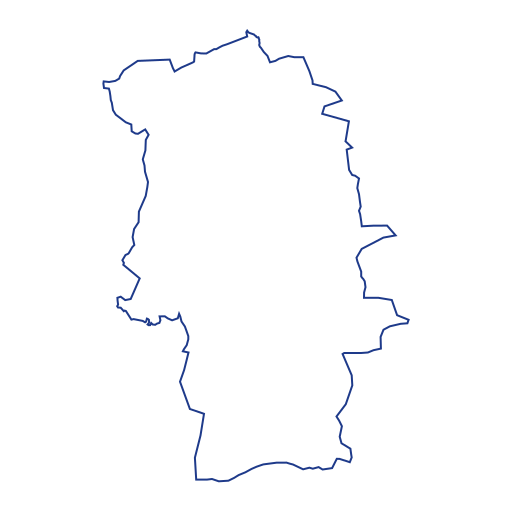 outline of Song, Adamawa, Nigeria, rotated 90°
{"feature_id": "59680162B82996162763265", "entity_name": "Song", "entity_type": "district", "adm_level": 2, "iso_a3": "NGA", "parent_name": "Nigeria", "parent_adm1": "Adamawa", "projection": "albers", "projection_center": [12.591, 9.831], "detail": "fine", "context": "isolated", "style": "outline", "palette": "blue", "viewbox_px": 512, "rotation_deg": 90, "n_neighbors": 0, "source": "geoboundaries", "source_scale": "gbopen_adm2", "svg_char_len": 3153}
<svg xmlns="http://www.w3.org/2000/svg" viewBox="0 0 512 512"><g transform="rotate(90 256 256)"><path d="M264.8,388.7L278.4,372.3L299.0,381.3L300.1,386.8L296.7,391.3L297.8,394.6L300.9,394.4L304.6,393.9L306.2,394.8L307.5,394.0L307.7,391.3L311.2,388.2L310.6,387.4L311.0,386.1L319.6,380.6L319.1,378.4L320.9,369.3L322.3,366.9L321.6,365.9L318.6,365.1L318.9,364.2L319.8,363.1L322.5,362.9L324.5,364.4L325.2,363.3L325.1,361.8L323.0,360.8L324.5,359.3L324.8,356.8L323.6,355.0L322.9,352.6L320.2,351.6L316.4,352.4L316.3,347.2L318.4,344.2L320.3,339.9L318.3,334.2L313.8,332.9L316.6,331.7L321.5,330.5L326.5,327.1L330.4,325.7L336.1,323.7L339.3,323.7L345.2,325.3L349.4,328.2L351.3,329.1L352.5,323.5L354.9,324.1L360.6,325.5L370.1,327.9L381.7,332.0L409.0,322.1L413.8,308.0L435.5,311.5L457.7,317.1L479.6,315.8L479.6,305.0L479.0,300.0L481.3,293.2L480.7,283.6L477.9,277.9L475.1,273.4L472.3,266.6L468.9,260.4L466.7,255.4L464.8,249.9L464.4,248.6L462.7,235.6L462.7,227.7L462.6,225.6L463.7,222.1L464.5,219.0L469.3,208.9L467.7,202.6L468.7,199.2L467.1,193.4L469.5,189.4L468.1,179.9L458.8,175.2L458.9,172.4L460.3,168.1L460.5,167.3L461.4,164.6L462.2,162.2L457.4,160.3L454.5,160.8L448.7,161.6L443.3,170.5L436.7,172.3L426.2,170.1L420.6,172.9L416.5,175.5L404.2,166.2L385.4,159.7L375.3,160.3L354.0,169.4L353.0,167.8L353.0,166.3L353.0,160.5L353.0,150.9L352.5,144.1L350.2,138.5L348.6,131.1L336.9,131.4L329.7,128.5L326.3,122.1L323.8,111.3L323.3,104.6L319.8,103.4L315.2,114.9L309.5,116.9L300.0,120.2L297.8,133.6L297.8,148.0L292.5,147.9L287.2,146.5L281.3,147.3L278.9,148.8L278.1,149.6L276.5,150.8L271.6,150.8L261.4,154.6L257.7,155.5L248.9,150.3L237.6,128.6L235.4,116.4L225.6,124.9L225.7,139.1L226.3,150.2L221.3,150.8L214.1,151.9L210.8,153.0L206.6,151.3L202.0,152.0L194.2,153.0L188.1,154.7L184.1,154.1L178.5,153.0L175.7,156.9L175.0,159.8L169.9,162.9L149.6,165.3L147.6,159.9L141.3,166.5L140.5,166.3L121.3,163.1L113.8,189.8L106.4,187.5L100.5,170.2L91.6,176.6L87.2,186.0L83.9,199.3L80.4,199.5L71.2,202.6L57.2,208.6L57.2,217.7L56.1,223.3L56.0,223.7L58.7,232.9L60.9,236.6L62.3,242.0L55.9,244.5L52.0,248.2L47.6,251.2L46.8,252.1L45.0,252.8L43.1,252.4L41.0,252.8L39.6,252.7L38.5,253.3L38.1,253.2L37.8,253.6L37.3,253.7L37.4,254.1L37.2,255.1L37.2,255.3L36.9,255.6L36.7,255.8L36.3,255.9L35.9,256.3L35.4,257.2L34.5,258.0L32.9,262.6L32.3,263.6L30.7,264.8L32.2,265.7L36.5,264.8L44.0,284.3L44.5,285.7L45.7,289.4L47.4,292.7L49.1,295.6L49.1,297.8L53.5,305.7L53.4,311.0L52.5,315.9L52.4,316.5L53.0,316.9L53.6,317.2L55.0,317.5L55.9,317.5L61.6,317.9L62.5,319.3L67.5,330.6L71.5,337.4L70.6,337.8L68.1,339.1L59.6,342.3L60.9,374.3L63.2,377.7L70.4,388.3L76.0,391.9L78.6,392.8L80.9,396.7L82.0,402.9L81.4,408.3L83.6,408.6L88.0,408.0L88.6,403.1L91.5,402.3L96.1,401.6L100.1,401.2L102.7,400.2L110.2,399.0L114.7,396.2L122.3,386.2L124.5,380.7L131.3,380.3L133.5,376.6L133.8,374.0L129.4,366.8L134.8,363.4L139.9,366.2L150.4,366.6L159.3,369.2L160.5,368.9L165.5,367.5L171.7,367.0L182.0,364.0L187.2,364.7L194.4,366.0L196.0,366.3L211.6,373.1L222.2,373.4L229.0,377.9L237.1,379.4L245.0,377.7L247.2,379.8L253.1,383.2L253.8,383.9L255.0,386.5L260.2,389.6L262.9,388.1L264.8,388.7Z" fill="none" stroke="#1e3a8a" stroke-width="2"/></g></svg>